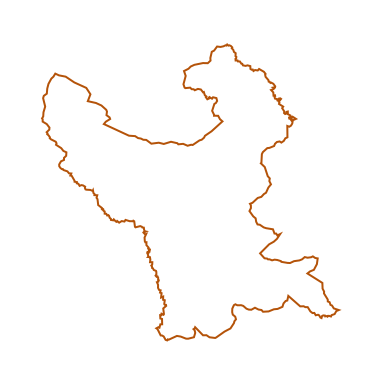 Rio Verde, Goiás, Brazil (Mercator projection), rotated 5°
{"feature_id": "56859067B61062500019904", "entity_name": "Rio Verde", "entity_type": "district", "adm_level": 2, "iso_a3": "BRA", "parent_name": "Brazil", "parent_adm1": "Goiás", "projection": "mercator", "projection_center": [-51.014, -17.719], "detail": "fine", "context": "isolated", "style": "outline", "palette": "amber", "viewbox_px": 384, "rotation_deg": 5, "n_neighbors": 0, "source": "geoboundaries", "source_scale": "gbopen_adm2", "svg_char_len": 5978}
<svg xmlns="http://www.w3.org/2000/svg" viewBox="0 0 384 384"><g transform="rotate(5 192 192)"><path d="M171.5,320.8L173.2,321.1L173.8,326.4L172.0,326.6L171.4,330.0L170.3,329.6L168.4,330.9L169.6,331.6L173.3,337.6L174.8,337.6L176.4,338.4L178.6,341.6L180.2,342.0L180.8,340.9L181.6,341.2L189.5,336.7L193.3,337.0L198.8,338.6L200.9,338.5L206.6,336.5L207.5,332.1L206.7,329.5L205.5,328.5L206.5,327.7L206.9,326.4L215.5,333.8L218.9,333.4L222.1,335.2L227.8,335.4L228.8,334.8L236.6,328.2L242.2,324.6L245.2,319.0L245.5,317.1L246.9,315.0L245.9,312.4L243.3,310.6L242.5,308.2L242.3,304.7L243.6,301.1L245.0,300.1L247.0,300.9L250.9,300.5L253.0,301.0L256.4,303.5L258.8,304.2L261.4,304.1L264.8,301.8L268.5,303.3L271.5,303.5L273.2,305.1L278.7,304.3L283.8,301.7L287.5,301.0L292.1,298.5L292.9,295.0L294.8,292.4L296.4,291.8L297.0,287.1L309.8,296.5L313.2,296.1L314.9,296.8L317.3,296.6L320.3,300.6L322.6,302.1L324.4,301.8L326.0,304.0L328.3,303.3L329.4,303.8L330.9,305.9L332.0,306.3L332.4,304.2L333.5,303.5L335.2,303.5L335.5,304.3L337.6,303.7L337.9,304.3L339.1,303.4L341.3,303.9L341.8,302.5L344.7,301.2L346.6,297.1L347.2,297.5L348.5,296.8L343.4,295.6L341.4,292.9L339.8,292.4L338.7,289.8L336.8,289.2L336.6,287.3L332.3,281.5L332.3,279.7L330.5,276.9L329.8,271.2L314.1,263.1L316.4,260.9L320.2,258.9L322.7,253.0L323.0,247.2L320.5,247.0L318.0,245.6L316.4,246.6L312.8,247.4L310.0,247.0L307.5,249.5L304.9,250.8L299.7,252.0L295.9,254.2L293.4,254.3L287.1,253.8L286.6,253.1L282.9,252.3L280.2,252.2L277.7,253.1L275.1,252.3L273.6,252.5L272.7,251.8L270.0,251.7L265.2,247.2L273.4,237.4L277.8,234.4L280.7,231.3L283.5,226.2L280.8,227.8L279.5,226.1L277.8,226.2L275.9,222.1L269.1,221.6L266.5,221.0L262.4,218.7L260.1,218.6L258.5,216.0L257.7,212.7L255.1,210.9L250.9,206.0L252.1,202.9L251.8,200.1L250.8,198.7L253.2,197.5L258.0,192.2L261.5,190.8L263.8,187.8L265.8,186.3L267.7,180.9L270.0,177.5L268.1,174.4L268.3,171.7L266.1,169.7L262.3,160.8L258.1,157.4L258.6,156.8L258.3,148.2L259.1,146.1L263.2,141.7L265.3,141.3L269.8,139.0L270.5,136.7L272.2,134.8L274.9,134.0L276.7,135.0L279.0,133.1L280.3,130.4L282.3,129.2L281.2,117.9L283.2,118.5L284.8,117.3L285.9,115.1L286.2,111.7L289.2,110.1L285.6,108.2L284.6,109.1L285.3,111.6L285.0,112.3L283.5,110.5L282.5,110.4L282.2,109.3L283.9,108.3L283.4,107.2L280.7,106.1L280.4,103.5L279.3,103.9L278.7,105.9L278.0,106.2L276.8,105.3L277.0,103.8L274.5,100.6L275.4,99.0L271.0,96.7L271.3,95.2L270.6,94.5L272.6,91.5L271.8,91.0L270.5,91.3L269.8,93.4L269.1,93.3L269.0,92.1L266.5,91.7L265.9,90.0L266.5,89.3L266.2,88.4L264.8,88.8L264.3,85.7L261.9,83.5L264.2,82.4L264.9,81.5L263.8,80.9L265.6,80.4L265.7,79.5L263.6,77.1L261.3,76.1L260.6,76.5L259.7,75.4L258.8,75.4L258.3,73.8L255.3,70.9L254.6,68.7L255.0,68.0L253.2,66.0L248.1,63.6L246.9,65.2L244.2,65.0L242.7,66.1L241.8,64.7L240.7,65.0L239.5,64.3L239.1,61.5L236.3,61.0L234.4,61.7L231.7,61.4L230.9,59.9L230.0,59.9L228.3,57.8L226.3,57.9L225.9,57.0L224.0,57.2L223.7,55.6L224.3,55.1L224.4,53.5L223.5,52.9L223.4,49.9L221.6,48.8L220.7,46.7L219.1,45.4L219.5,44.4L218.1,43.2L216.5,42.6L215.6,43.0L214.2,42.0L213.6,43.1L212.7,42.9L210.7,44.1L207.8,45.0L204.3,44.9L201.7,49.2L199.5,50.6L198.6,56.9L199.0,59.5L196.5,62.3L191.7,62.6L183.3,65.1L179.8,67.1L177.8,69.5L173.5,72.2L175.6,76.9L174.1,85.4L175.5,88.6L176.3,89.1L181.1,88.2L182.7,89.6L184.7,89.5L185.9,90.4L188.9,88.8L191.9,89.1L194.4,91.8L195.1,91.4L196.3,94.4L198.0,95.6L197.5,96.3L199.2,98.3L201.1,97.2L200.6,96.6L201.1,95.9L203.8,97.3L204.7,95.8L208.1,96.3L209.1,99.1L208.0,101.3L206.6,102.3L205.0,109.4L207.3,113.2L207.3,114.1L211.4,113.8L213.5,117.0L216.2,119.0L206.2,129.8L200.0,134.9L199.3,136.8L197.1,139.1L195.0,139.9L188.6,145.1L187.0,145.0L183.6,146.3L179.0,144.8L174.2,145.7L173.2,144.7L166.7,143.8L159.7,146.6L154.6,145.8L147.3,147.4L141.9,144.1L138.9,144.2L136.4,143.2L133.6,143.0L130.5,141.3L124.3,141.4L98.3,132.0L100.0,129.5L104.1,126.4L103.4,124.9L100.1,122.9L100.3,119.3L99.4,117.6L94.2,113.7L92.2,113.0L88.6,111.7L80.3,110.6L82.3,103.5L77.6,97.5L65.2,93.1L56.1,88.1L49.3,87.4L45.5,86.0L43.9,89.2L42.0,91.3L39.6,96.8L38.8,101.5L38.8,106.7L36.0,109.1L35.5,111.5L38.3,119.7L37.1,125.5L37.2,129.7L36.2,131.8L36.9,132.6L37.1,134.9L41.4,137.0L44.4,140.3L44.4,142.3L42.0,145.1L43.0,146.2L42.7,147.0L44.2,148.1L45.7,149.9L45.6,150.8L46.9,151.8L51.9,153.8L52.8,155.3L52.4,156.8L57.9,159.7L60.3,162.3L63.4,163.4L63.5,166.9L61.5,169.2L61.7,171.2L58.8,172.9L57.3,176.1L57.5,177.9L58.9,179.6L60.3,180.5L61.3,180.4L62.0,181.3L66.1,182.3L67.8,184.1L70.1,184.1L69.4,186.2L70.7,186.3L74.0,191.0L74.1,192.0L76.5,192.2L76.5,193.4L78.1,193.7L79.5,195.7L81.1,194.8L82.8,194.9L85.1,196.0L84.9,197.2L85.7,198.7L86.6,198.9L90.6,198.8L92.9,199.6L93.2,198.9L93.9,201.6L95.2,202.7L95.1,203.6L97.9,203.5L97.4,206.1L98.5,207.4L99.7,213.2L103.7,215.8L103.6,216.8L104.3,217.4L105.1,217.0L105.6,218.5L106.7,219.0L106.9,221.2L108.5,221.2L109.6,222.8L110.6,222.3L111.4,222.9L112.2,224.8L113.6,225.9L113.7,226.9L116.0,227.1L116.5,226.1L118.6,228.0L119.5,228.3L120.0,227.4L122.1,228.9L124.5,227.1L127.3,227.3L128.2,225.6L132.4,226.5L135.6,226.3L136.0,225.7L137.0,226.2L138.2,231.6L138.8,232.1L143.4,230.5L145.1,231.0L145.6,231.7L147.1,231.7L147.6,233.9L148.6,235.3L149.5,235.4L148.1,236.2L147.6,235.9L147.1,236.6L149.1,238.4L150.0,237.9L148.7,241.5L149.3,245.2L149.9,246.2L151.0,246.0L151.2,248.9L153.6,251.2L153.3,252.1L155.1,252.9L155.0,253.8L154.0,253.3L154.6,255.3L152.9,255.6L152.7,256.5L153.9,256.7L153.4,258.0L154.2,260.0L153.8,260.6L155.8,260.6L156.4,263.0L156.3,265.6L158.6,265.4L158.7,267.5L157.9,268.9L158.5,269.2L158.9,271.2L159.7,271.4L160.7,273.0L163.0,273.7L163.4,274.6L163.7,277.2L163.0,278.5L164.2,279.6L165.0,279.1L165.8,280.5L165.9,282.7L166.6,282.9L166.2,284.3L164.9,284.9L166.3,287.4L166.5,290.4L167.7,292.4L169.3,292.7L168.9,295.0L170.5,295.4L170.4,299.8L172.4,298.7L172.6,301.9L174.3,302.2L174.1,306.0L174.7,306.7L175.9,306.7L176.2,307.7L173.5,310.5L174.7,316.1L174.3,316.8L172.2,315.9L172.0,316.8L172.8,316.7L172.1,317.5L171.0,317.5L171.5,320.8Z" fill="none" stroke="#b45309" stroke-width="2"/></g></svg>